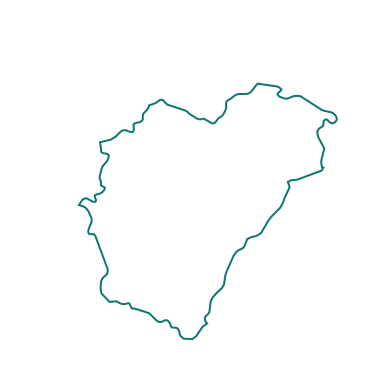 the Metropolitan department of Seien-et-Marne, rotated 208°
{"feature_id": "FRA-5342", "entity_name": "Seien-et-Marne", "entity_type": "Metropolitan department", "adm_level": 1, "iso_a3": "FRA", "parent_name": "France", "parent_adm1": "", "projection": "mercator", "projection_center": [2.98, 48.614], "detail": "fine", "context": "isolated", "style": "outline", "palette": "teal", "viewbox_px": 384, "rotation_deg": 208, "n_neighbors": 0, "source": "natural_earth", "source_scale": "10m", "svg_char_len": 3078}
<svg xmlns="http://www.w3.org/2000/svg" viewBox="0 0 384 384"><g transform="rotate(208 192 192)"><path d="M87.4,275.2L87.5,272.3L87.9,271.4L104.8,252.4L110.2,248.7L112.1,245.8L108.3,242.5L107.9,240.2L107.5,230.5L106.7,225.6L106.7,219.5L110.2,208.0L111.2,202.0L111.7,188.3L114.3,183.7L118.3,180.1L121.2,176.3L120.4,171.1L120.3,167.5L121.4,165.2L123.0,163.3L124.5,160.7L125.4,155.6L124.2,139.2L123.6,134.5L120.3,125.2L120.6,120.9L123.3,112.9L124.2,108.3L124.2,104.2L120.2,94.0L120.7,91.0L121.7,88.2L120.9,85.6L119.1,83.8L117.0,83.1L119.5,77.6L120.5,67.0L122.6,62.3L130.4,58.6L134.9,59.6L138.1,63.1L140.3,64.7L142.2,64.7L146.0,63.0L147.6,63.5L149.4,65.4L150.3,66.0L152.2,66.9L154.0,66.9L155.4,66.2L156.4,65.2L157.3,63.6L159.3,62.0L161.1,61.7L162.9,61.9L172.9,64.9L187.2,62.3L190.1,61.0L191.9,61.8L194.6,64.1L196.1,63.9L198.9,61.3L201.5,60.2L203.9,59.9L206.8,60.1L208.8,59.2L213.1,56.2L224.2,59.9L225.7,61.6L227.5,64.1L230.3,70.3L230.5,73.0L230.0,75.7L229.2,77.5L228.7,79.2L228.7,80.5L229.4,82.9L230.6,84.6L256.9,108.0L259.0,108.7L262.0,107.0L263.5,106.7L264.7,107.9L265.5,109.4L266.2,113.7L266.5,117.1L266.8,119.0L268.4,121.7L274.8,126.6L277.9,127.9L280.5,128.3L285.7,127.4L285.2,133.3L284.5,134.8L283.1,136.5L281.4,137.0L275.2,136.9L273.1,137.6L272.6,138.9L273.4,140.3L275.9,142.4L276.1,143.9L274.8,145.3L272.5,147.4L271.2,149.5L270.5,152.3L270.6,154.0L270.9,154.8L271.2,155.0L272.2,155.2L274.3,154.9L275.2,155.0L275.6,155.4L276.2,156.2L277.1,158.1L278.4,159.5L279.9,160.6L280.8,162.2L281.3,163.9L281.6,165.6L282.7,170.0L283.0,172.9L281.5,179.3L281.7,182.7L282.3,184.8L283.7,185.8L285.5,185.7L288.8,184.5L289.9,184.5L291.2,185.0L292.5,187.3L296.6,192.8L288.5,199.9L285.4,204.9L284.0,209.8L282.6,213.1L280.8,214.9L278.6,215.6L276.4,215.7L273.5,216.5L272.5,217.2L272.2,218.7L273.0,220.4L275.0,223.5L275.2,224.5L274.7,225.9L270.8,229.3L269.8,231.1L269.5,232.9L271.5,236.8L271.7,237.9L271.5,239.2L270.5,242.6L270.0,245.7L270.6,248.3L265.9,253.4L263.2,258.6L261.7,259.4L259.9,259.2L256.4,257.9L254.6,257.6L236.2,260.8L233.3,260.6L231.3,259.8L222.3,259.1L220.5,259.4L218.9,260.0L217.9,260.7L216.5,262.0L215.4,262.3L206.2,262.0L205.1,263.0L204.3,264.0L203.8,266.1L203.4,268.6L203.0,270.1L202.0,271.7L201.3,273.3L200.9,275.1L200.8,276.9L200.8,278.8L201.0,280.6L201.4,282.5L202.3,284.3L203.4,285.9L204.0,287.6L203.6,289.4L202.8,290.9L201.7,292.5L201.5,292.9L199.9,296.5L198.9,298.3L196.8,300.5L191.0,303.4L188.9,304.9L187.7,306.5L187.0,308.0L186.2,311.3L185.8,314.6L185.0,318.4L166.6,325.1L164.1,325.3L161.2,324.6L161.2,323.0L161.9,321.2L162.6,319.6L162.2,318.2L159.9,317.3L155.0,317.8L152.2,318.8L150.4,320.5L149.0,322.4L147.2,324.4L143.5,326.7L141.1,327.5L116.1,325.4L113.2,325.8L106.7,327.7L104.1,327.8L101.3,327.0L99.6,325.8L98.3,324.3L98.1,322.7L98.4,320.9L99.3,319.4L100.7,318.3L102.4,318.1L106.9,319.2L107.7,319.0L108.7,318.0L109.0,316.6L108.5,315.0L107.5,312.8L107.4,312.3L107.4,311.5L109.4,308.1L109.8,306.4L109.9,304.5L108.5,302.2L106.1,299.6L95.9,292.7L95.6,292.3L95.3,291.4L92.8,281.1L91.8,278.7L89.0,275.0L87.4,275.2Z" fill="none" stroke="#0f766e" stroke-width="2"/></g></svg>